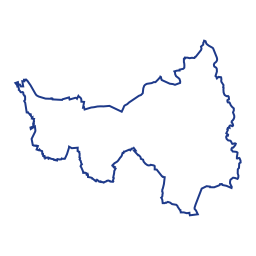 outline of Pho Thong, Ang Thong, Thailand
{"feature_id": "78962969B68312342882015", "entity_name": "Pho Thong", "entity_type": "district", "adm_level": 2, "iso_a3": "THA", "parent_name": "Thailand", "parent_adm1": "Ang Thong", "projection": "natural_earth1", "projection_center": [100.339, 14.681], "detail": "fine", "context": "isolated", "style": "outline", "palette": "blue", "viewbox_px": 256, "rotation_deg": 0, "n_neighbors": 0, "source": "geoboundaries", "source_scale": "gbopen_adm2", "svg_char_len": 5770}
<svg xmlns="http://www.w3.org/2000/svg" viewBox="0 0 256 256"><path d="M219.9,77.0L219.4,77.2L218.7,76.9L218.1,77.4L217.7,77.4L216.9,78.4L216.6,77.9L216.3,76.6L215.5,76.0L216.9,71.6L216.8,68.9L216.2,67.7L214.3,66.5L214.0,65.7L213.9,64.4L214.4,63.3L216.2,61.8L216.7,61.0L217.1,59.9L217.1,58.9L216.8,57.5L213.1,48.3L212.4,47.7L209.0,45.8L207.1,44.4L206.3,43.5L205.6,41.3L204.9,40.9L204.1,40.7L203.7,42.2L203.3,42.7L203.2,44.7L201.0,46.6L201.5,48.7L201.0,50.1L195.8,56.7L195.1,56.9L194.9,57.5L194.4,58.0L191.8,57.8L189.6,58.2L187.7,57.7L185.0,57.6L185.0,58.0L184.7,58.0L184.7,58.7L183.9,58.9L183.9,62.2L184.2,63.1L184.4,65.2L184.3,67.7L183.3,68.8L179.6,69.6L179.6,70.5L177.1,70.6L174.4,71.4L175.0,72.4L175.2,74.3L176.1,76.2L178.5,78.0L179.5,79.0L180.2,81.3L180.1,82.9L175.0,84.8L173.0,84.1L169.8,83.7L161.7,80.0L161.5,79.6L160.9,77.0L160.4,76.7L160.3,77.0L158.1,79.5L155.5,82.1L153.8,82.1L151.7,83.1L147.0,83.8L145.9,84.3L144.8,85.1L144.2,85.8L143.3,88.3L142.8,92.8L142.7,93.3L142.0,94.0L141.0,95.0L138.9,95.8L129.0,102.5L127.3,104.1L124.7,105.5L124.1,106.2L123.3,108.3L121.7,111.7L109.5,105.9L103.5,106.4L100.7,106.3L97.4,106.5L94.0,107.2L91.2,107.5L84.6,109.5L84.0,107.2L83.1,107.5L84.1,101.9L81.4,101.7L81.3,99.3L81.1,98.7L80.4,97.6L79.0,96.7L78.4,95.9L77.0,98.7L76.3,97.9L75.4,97.8L69.6,99.5L69.0,97.4L62.5,99.3L62.1,99.9L52.6,99.4L52.5,98.6L51.9,98.3L51.4,98.3L51.4,98.8L45.5,98.6L38.6,96.5L36.5,95.3L35.4,93.8L30.6,85.4L27.5,80.9L27.1,80.4L26.3,80.3L26.1,79.6L25.3,79.6L25.2,80.2L24.0,79.9L24.1,81.3L22.3,81.2L23.2,86.4L20.9,86.4L20.2,84.9L19.8,84.5L18.5,84.7L18.1,83.5L17.9,82.1L15.4,83.0L17.1,85.2L17.4,86.5L18.3,86.2L18.9,88.9L18.8,89.9L19.6,90.5L20.7,92.2L21.3,92.3L22.5,92.0L22.9,92.2L23.3,92.8L23.4,94.3L24.6,96.1L24.8,96.0L25.1,96.8L25.1,99.8L24.2,101.0L25.2,102.8L26.7,112.4L28.0,112.3L28.5,113.3L29.8,114.0L29.9,114.6L30.7,114.4L31.1,116.3L32.0,117.5L32.2,117.4L31.9,118.5L33.2,118.6L33.3,119.0L34.0,119.0L33.8,119.7L34.0,121.3L33.8,121.4L33.4,123.0L33.9,123.1L33.9,123.9L33.2,124.0L33.3,125.6L33.6,125.7L33.7,126.9L32.2,126.9L30.5,127.5L30.8,129.0L34.9,126.4L35.0,127.1L35.4,130.5L35.2,131.6L31.6,138.9L32.8,145.1L33.9,145.4L33.9,145.6L36.3,146.0L36.3,145.6L36.9,145.7L37.9,146.0L36.6,149.5L38.9,150.3L39.5,149.5L40.3,150.5L42.1,151.1L42.2,151.4L42.2,153.2L42.4,154.1L43.0,154.0L43.2,156.0L44.5,156.0L44.6,156.6L44.3,156.6L44.4,157.5L45.2,157.5L45.3,158.3L46.3,157.7L48.0,157.5L48.5,158.7L49.7,158.0L50.3,158.5L52.1,159.0L53.3,159.1L53.7,159.3L53.8,159.8L54.6,160.0L54.7,159.7L55.9,160.0L56.0,160.3L57.1,160.5L57.4,159.1L59.8,159.5L61.3,159.3L61.7,158.5L62.4,158.8L64.6,158.8L64.7,158.5L65.0,158.5L67.0,154.1L69.0,147.7L69.1,146.7L71.8,148.2L77.7,147.7L77.6,151.0L77.9,151.1L78.4,151.6L78.6,151.4L79.3,151.9L79.2,152.6L79.6,153.5L79.6,155.8L79.4,157.3L80.1,158.1L79.6,159.4L80.7,160.9L81.1,162.8L81.9,164.3L80.9,165.2L80.6,166.4L81.2,167.2L82.6,170.4L83.1,171.8L83.2,172.9L84.5,172.9L84.8,172.6L86.2,173.1L86.6,174.6L87.6,173.9L88.0,175.0L88.0,177.0L90.7,177.5L91.9,177.9L92.3,178.3L92.3,178.7L93.1,179.0L95.5,181.0L95.8,180.6L96.2,181.0L97.0,179.8L98.8,181.1L98.8,181.4L99.8,181.8L100.7,182.0L100.8,181.5L103.7,182.6L104.0,182.1L105.0,181.9L106.6,181.2L106.7,180.9L108.2,180.5L109.8,181.0L109.8,181.3L110.5,181.6L113.0,181.8L113.3,181.3L112.8,180.8L113.8,178.1L113.2,177.6L114.1,173.3L114.3,170.9L115.6,168.5L114.0,167.5L114.6,166.9L112.7,165.9L112.3,165.6L112.4,165.3L114.5,163.2L116.9,161.8L118.0,160.8L120.3,157.5L121.2,156.6L121.8,155.5L122.6,152.9L123.5,153.0L124.0,151.6L124.5,151.7L129.3,149.6L130.3,150.3L131.4,148.8L131.7,149.0L132.7,148.4L133.4,148.5L133.8,148.0L135.7,150.6L134.2,150.9L138.1,155.2L138.5,155.0L140.2,156.6L140.7,157.6L140.8,158.8L143.1,159.7L143.6,161.6L145.4,163.7L147.4,165.1L148.4,165.4L150.0,165.3L150.6,164.8L153.8,165.4L154.7,166.1L154.7,169.4L156.7,169.6L162.0,176.3L162.7,176.5L162.8,176.9L164.7,177.2L163.9,184.1L162.9,188.2L162.3,189.8L162.2,191.6L162.6,192.1L162.7,193.8L162.4,194.6L162.4,196.0L161.9,197.1L161.2,197.7L161.8,198.5L162.3,199.9L162.7,203.1L164.8,203.1L165.8,202.6L166.2,202.8L167.8,201.9L170.1,202.6L172.1,204.1L176.3,204.8L177.4,205.9L177.6,206.6L179.8,209.9L180.4,210.1L180.3,210.9L180.8,211.6L180.8,212.4L183.8,212.4L186.8,213.2L189.4,212.8L189.5,214.1L189.7,214.4L189.9,215.3L197.8,214.3L196.0,210.5L194.6,208.9L194.6,207.6L195.6,204.5L201.7,188.6L206.6,186.2L210.0,186.6L210.1,187.2L214.1,187.3L218.8,185.5L220.0,184.7L220.0,184.2L221.7,184.0L222.1,184.2L222.4,185.0L226.4,185.8L231.5,188.0L231.7,187.3L231.7,186.7L231.0,185.5L230.0,183.2L230.1,181.3L230.5,179.7L233.1,177.7L235.1,178.0L237.5,178.9L238.0,178.2L238.3,177.2L238.4,175.6L237.7,173.4L237.8,169.4L238.1,168.9L239.0,167.9L239.2,163.6L239.7,163.0L240.6,162.5L240.5,160.6L239.6,158.3L239.1,157.9L237.5,158.5L236.9,158.4L236.9,156.8L237.4,154.0L237.5,152.6L236.9,152.1L236.0,151.8L232.7,151.5L231.9,150.2L231.4,149.9L231.5,148.8L231.8,148.2L232.2,147.7L233.1,147.7L233.6,147.2L235.3,145.1L235.8,143.7L235.3,143.4L234.4,143.4L232.8,143.9L232.2,143.8L230.8,141.1L230.3,140.7L228.2,140.4L226.7,139.0L226.2,137.5L226.2,136.7L226.7,135.8L227.9,135.7L228.1,134.7L226.3,133.3L227.9,129.9L227.3,129.3L227.8,128.0L228.2,128.0L228.6,127.5L229.5,127.8L229.3,126.5L229.7,125.7L230.8,125.4L232.2,126.2L232.7,126.0L233.1,125.2L232.7,123.9L232.2,122.9L231.7,122.6L231.6,122.2L231.8,121.2L233.1,120.0L233.2,119.5L233.8,118.9L234.3,117.1L234.2,115.5L233.0,112.4L233.8,110.5L233.8,108.4L232.0,106.8L230.8,105.3L229.6,102.6L229.2,102.3L228.1,102.5L227.6,102.0L227.4,101.2L227.4,100.2L227.8,99.9L228.8,99.5L229.0,99.1L228.7,96.7L228.0,96.0L227.1,96.2L226.4,96.1L224.8,95.1L224.4,94.6L223.6,92.4L223.4,89.2L223.6,88.1L223.5,87.4L223.2,87.3L223.5,85.1L221.4,81.8L221.2,80.9L221.4,79.3L221.1,77.3L219.9,77.0Z" fill="none" stroke="#1e3a8a" stroke-width="2"/></svg>